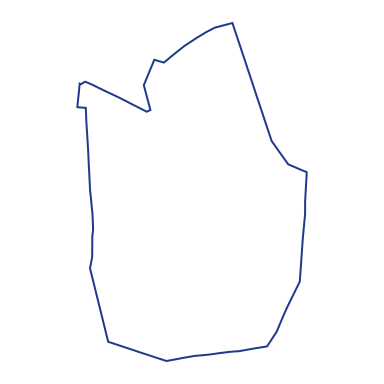 Santa Ana Zegache, Oaxaca, Mexico
{"feature_id": "50627088B25823982981856", "entity_name": "Santa Ana Zegache", "entity_type": "district", "adm_level": 2, "iso_a3": "MEX", "parent_name": "Mexico", "parent_adm1": "Oaxaca", "projection": "equal_earth", "projection_center": [-96.738, 16.839], "detail": "fine", "context": "isolated", "style": "outline", "palette": "blue", "viewbox_px": 384, "rotation_deg": 0, "n_neighbors": 0, "source": "geoboundaries", "source_scale": "gbopen_adm2", "svg_char_len": 1930}
<svg xmlns="http://www.w3.org/2000/svg" viewBox="0 0 384 384"><path d="M79.7,83.7L79.1,89.6L78.8,92.8L78.6,94.7L78.4,96.9L78.2,98.2L77.6,104.6L77.4,107.2L85.8,107.9L86.4,122.3L86.4,122.6L86.7,127.0L87.2,135.1L87.8,144.8L88.1,150.0L88.9,167.1L89.3,173.9L89.3,174.8L89.4,176.2L89.4,177.6L89.5,178.5L89.6,179.9L89.6,180.8L89.7,181.9L89.7,183.2L89.8,184.7L89.9,185.9L89.9,186.7L89.9,187.5L90.0,189.3L90.1,189.8L90.1,190.8L90.5,194.1L90.6,195.4L90.7,196.3L90.9,198.0L91.0,199.2L91.1,200.0L91.2,200.9L91.3,202.4L91.5,204.0L91.7,205.9L91.7,206.7L91.8,207.5L92.0,209.5L92.3,211.8L92.5,214.3L92.8,220.5L92.9,224.3L93.1,229.8L93.1,230.0L92.6,233.9L92.3,236.7L92.3,237.6L92.3,239.2L92.2,253.7L92.2,256.5L92.2,257.0L90.0,268.2L91.7,275.1L108.2,341.8L111.0,342.7L116.5,344.5L122.7,346.6L135.2,350.7L136.9,351.3L139.3,352.1L150.6,355.8L156.3,357.7L166.5,361.0L179.6,358.6L180.8,358.3L191.7,356.4L193.4,356.1L194.8,355.9L201.5,355.3L205.4,355.0L206.9,354.8L212.0,354.2L216.2,353.6L217.2,353.5L218.2,353.3L222.2,352.8L225.8,352.3L230.1,351.8L230.5,351.8L235.2,351.4L236.3,351.4L237.6,351.3L238.7,351.2L239.8,351.1L240.1,351.0L252.2,348.8L267.1,346.4L276.6,331.8L283.5,315.5L287.2,307.2L299.8,281.5L300.4,272.7L300.9,265.9L301.0,263.9L301.1,263.2L302.8,238.4L305.1,214.0L305.1,213.4L305.1,201.9L305.9,187.2L306.5,177.0L306.6,176.1L306.6,172.0L301.1,169.9L300.8,169.7L295.4,167.4L288.5,164.4L288.2,164.3L285.7,160.8L280.1,153.0L272.5,142.2L271.6,140.9L269.9,135.7L265.7,123.2L263.5,116.5L258.4,101.1L256.5,95.6L255.3,91.8L254.1,88.2L253.1,85.2L250.1,76.1L248.5,71.4L247.6,68.7L246.7,65.8L232.4,23.0L214.7,27.7L206.2,32.1L196.5,38.0L184.2,46.1L180.2,49.3L172.9,55.1L163.9,62.6L154.3,59.8L151.1,67.6L150.5,68.9L143.8,85.2L149.5,106.6L150.4,110.0L146.7,111.7L130.8,103.6L124.8,100.5L117.5,96.8L107.0,91.9L100.8,88.9L98.7,87.9L94.4,85.8L93.9,85.5L92.0,84.6L87.4,82.6L85.1,81.7L80.6,84.3L79.7,83.7Z" fill="none" stroke="#1e3a8a" stroke-width="2"/></svg>